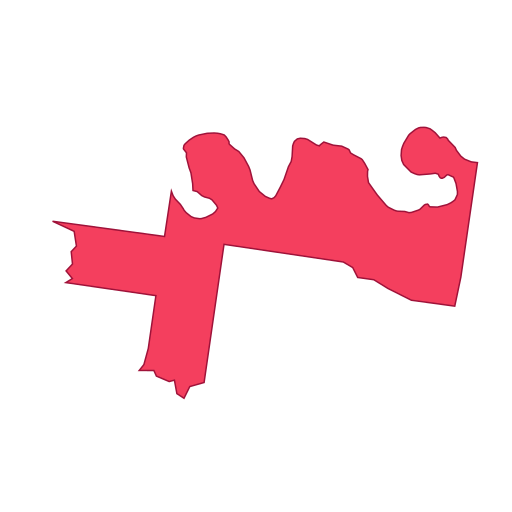 the district of Issaquena, Mississippi, United States of America, rotated 98°
{"feature_id": "52423323B37261590367764", "entity_name": "Issaquena", "entity_type": "district", "adm_level": 2, "iso_a3": "USA", "parent_name": "United States of America", "parent_adm1": "Mississippi", "projection": "robinson", "projection_center": [-91.074, 32.711], "detail": "fine", "context": "isolated", "style": "filled", "palette": "rose", "viewbox_px": 512, "rotation_deg": 98, "n_neighbors": 0, "source": "geoboundaries", "source_scale": "gbopen_adm2", "svg_char_len": 2404}
<svg xmlns="http://www.w3.org/2000/svg" viewBox="0 0 512 512"><g transform="rotate(98 256 256)"><path d="M278.0,52.2L248.5,50.2L132.7,49.7L132.8,54.7L132.8,56.0L131.1,62.9L128.6,67.1L123.5,72.2L120.8,73.9L114.7,81.7L113.5,82.5L112.2,84.2L112.1,86.8L112.6,88.4L113.6,90.3L109.0,95.7L107.1,98.9L105.8,101.4L105.1,105.4L105.2,107.5L105.8,111.0L106.5,112.8L108.5,115.7L113.4,120.4L115.1,121.6L123.8,125.3L127.4,126.2L130.4,126.7L136.3,126.3L141.1,124.9L144.9,122.5L151.3,114.1L152.4,110.3L152.9,107.7L152.9,105.6L150.4,94.5L149.1,90.0L149.5,87.4L149.8,86.8L151.7,85.6L152.9,84.4L153.2,83.4L153.1,82.4L151.9,80.5L149.3,78.4L148.7,77.2L150.4,71.5L151.1,70.9L156.4,68.0L164.1,65.5L167.1,65.1L172.7,66.8L174.2,68.2L176.2,70.4L178.5,73.8L182.3,83.1L183.1,90.6L182.2,91.8L181.4,92.3L180.7,93.3L181.4,95.5L182.2,96.5L187.0,100.2L187.9,101.5L191.2,108.1L191.8,110.6L191.2,114.9L191.9,121.9L191.8,123.5L191.4,125.5L189.3,131.8L187.9,134.0L178.6,144.5L167.7,154.8L161.6,156.7L156.7,157.3L154.8,157.1L149.1,161.3L145.8,164.2L145.0,165.5L142.2,173.5L140.8,176.7L137.9,178.6L137.3,179.7L135.3,186.4L135.5,195.0L133.7,204.7L137.1,208.0L138.1,208.5L137.7,211.5L133.4,221.1L132.9,224.0L133.2,228.5L134.3,231.4L137.1,233.9L139.5,234.6L141.9,235.0L152.6,234.1L157.5,234.3L163.0,236.3L176.4,238.9L184.1,241.4L193.6,244.8L195.7,246.2L197.2,248.4L197.0,250.5L195.7,255.1L191.7,261.7L184.7,268.0L181.8,269.8L171.6,273.9L168.3,275.8L160.4,281.6L154.9,287.6L153.0,292.0L149.2,297.7L148.6,298.3L146.6,298.6L145.3,299.5L142.2,302.2L140.8,304.0L140.5,304.5L139.9,308.3L139.8,311.0L140.0,314.5L141.3,321.5L144.2,329.6L145.5,332.1L147.1,334.4L150.5,338.2L154.8,341.8L156.4,342.7L159.4,342.9L160.1,342.7L163.5,339.2L167.6,338.8L178.0,334.5L182.7,332.0L193.2,328.8L199.9,327.5L200.4,323.2L203.7,318.2L204.7,315.2L205.3,310.1L206.5,307.4L211.2,302.2L213.8,300.5L217.6,302.3L220.4,304.7L224.7,311.0L226.6,315.4L226.9,317.0L226.9,322.4L226.0,325.8L222.8,331.2L220.7,333.6L219.3,334.6L215.4,338.1L210.8,343.9L207.8,346.5L203.6,348.8L249.4,349.3L249.9,462.3L256.9,439.5L271.2,435.2L277.4,439.6L289.5,436.6L297.2,442.0L303.9,434.7L308.8,440.6L309.2,349.6L362.6,349.8L379.1,351.9L385.6,355.7L383.6,341.2L388.8,337.9L392.4,324.5L390.3,319.5L403.3,315.2L406.9,307.5L394.5,303.4L388.5,289.8L248.9,289.3L249.8,168.7L254.0,158.6L263.1,152.3L263.1,136.0L269.8,120.8L278.2,95.9L278.0,52.2Z" fill="#f43f5e" stroke="#9f1239" stroke-width="1.5"/></g></svg>